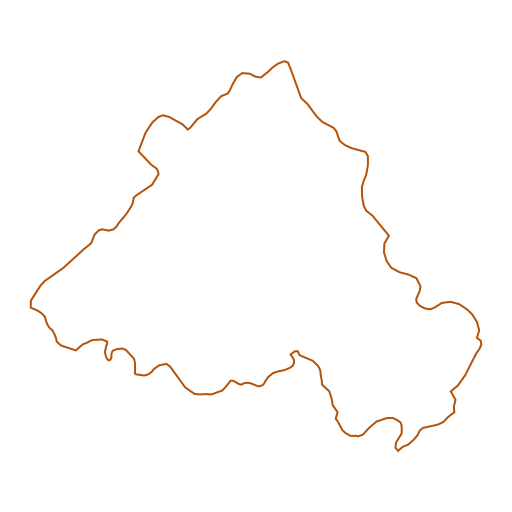 an SVG outline of Portalegre
{"feature_id": "PRT-747", "entity_name": "Portalegre", "entity_type": "District", "adm_level": 1, "iso_a3": "PRT", "parent_name": "Portugal", "parent_adm1": "", "projection": "orthographic", "projection_center": [-7.639, 39.223], "detail": "fine", "context": "isolated", "style": "outline", "palette": "amber", "viewbox_px": 512, "rotation_deg": 0, "n_neighbors": 0, "source": "natural_earth", "source_scale": "10m", "svg_char_len": 2917}
<svg xmlns="http://www.w3.org/2000/svg" viewBox="0 0 512 512"><path d="M438.2,424.5L422.8,428.0L419.7,430.7L417.8,434.8L413.4,440.1L407.8,444.8L402.8,446.8L398.1,450.8L398.0,450.6L395.5,447.8L395.8,443.9L396.5,441.6L401.4,434.0L401.8,431.2L401.6,425.3L400.5,422.4L396.4,419.7L392.4,417.9L386.4,418.2L376.6,421.5L369.4,427.6L362.7,434.8L357.8,436.4L356.3,435.8L350.4,435.9L345.4,432.9L342.4,430.2L338.1,422.0L335.7,418.7L337.6,412.2L332.7,405.2L331.9,399.7L329.3,391.3L322.0,384.6L321.8,380.1L321.1,377.6L320.2,370.1L318.1,366.0L312.8,360.8L299.5,355.2L297.8,351.3L297.5,351.2L296.6,351.3L294.9,351.3L290.5,354.5L292.9,357.8L294.0,360.0L294.0,363.0L292.7,365.8L289.5,368.0L284.5,370.1L277.7,371.5L272.9,373.2L268.0,377.2L265.8,380.4L264.2,383.4L262.8,385.0L261.0,385.8L258.4,386.4L251.0,383.4L247.7,382.8L244.6,383.0L241.2,384.6L238.6,383.9L233.6,380.9L230.7,380.6L225.5,387.1L222.3,390.5L211.5,394.4L204.5,394.1L201.7,394.4L198.0,394.3L194.5,393.9L185.2,387.4L170.3,366.8L166.5,363.9L159.4,365.2L154.0,368.9L152.1,371.4L149.7,373.4L147.0,374.9L144.1,375.5L136.0,374.3L134.9,373.5L135.1,368.6L134.9,362.4L134.0,358.7L126.8,350.9L126.4,350.3L124.8,349.4L121.7,348.5L116.7,349.2L112.8,350.7L112.6,351.0L112.4,351.3L112.0,352.3L111.4,354.5L111.4,357.2L110.5,359.7L108.5,360.4L106.4,357.9L104.9,352.2L106.1,346.5L107.1,343.9L107.1,341.6L102.1,339.5L92.9,340.0L90.3,340.8L87.9,342.3L82.5,344.5L75.8,350.4L61.1,345.5L56.7,341.6L56.1,338.5L54.9,335.2L52.7,330.6L49.2,327.5L47.2,324.2L46.0,320.9L44.9,316.7L41.9,313.6L38.5,311.1L30.7,307.6L30.9,300.6L40.6,285.4L45.1,280.7L63.5,267.8L83.2,249.7L91.1,243.3L94.7,234.4L99.0,230.2L102.2,229.3L108.7,230.6L113.4,229.4L115.8,227.3L117.3,225.4L118.6,223.2L126.4,213.9L131.1,206.6L132.7,203.3L133.8,197.7L136.1,195.5L152.0,184.8L158.5,174.3L158.1,171.7L156.7,168.7L151.4,164.9L138.5,151.3L145.6,132.6L152.5,122.3L158.5,116.9L162.9,115.3L169.1,116.9L182.4,124.3L187.0,128.6L187.4,129.5L189.2,128.6L190.6,127.3L197.0,119.6L199.2,117.9L206.2,113.8L211.0,108.6L215.8,102.0L221.1,96.2L227.5,93.7L229.7,90.7L232.7,84.1L236.8,77.0L242.2,73.1L249.7,73.7L255.3,76.6L260.8,77.5L268.2,71.7L272.5,67.5L278.1,63.6L284.6,61.2L287.9,62.6L288.0,62.6L290.5,68.6L301.2,98.2L307.1,103.6L316.9,116.7L322.4,122.0L333.6,127.8L336.4,131.4L339.6,140.8L344.6,144.9L351.6,148.2L365.4,151.9L367.9,156.1L367.9,165.2L366.2,175.0L363.6,181.1L361.9,187.1L362.1,196.6L363.7,205.6L366.2,210.7L372.4,215.6L388.9,235.7L384.4,243.5L384.0,252.5L386.6,261.0L391.2,267.7L399.4,272.2L408.6,274.6L416.4,278.2L420.5,286.3L419.8,290.7L416.2,299.0L416.7,302.6L420.1,306.0L425.0,308.5L430.1,309.3L434.1,307.8L441.9,302.9L450.7,301.8L459.3,304.2L467.0,309.4L472.3,314.5L477.0,322.1L479.2,330.5L476.9,337.8L480.7,340.7L481.3,344.6L479.5,348.9L476.3,353.3L465.3,375.0L458.0,385.4L450.8,391.4L455.5,399.8L453.9,406.4L454.3,412.5L451.6,414.2L447.5,417.6L443.5,421.9L438.2,424.5Z" fill="none" stroke="#b45309" stroke-width="2"/></svg>